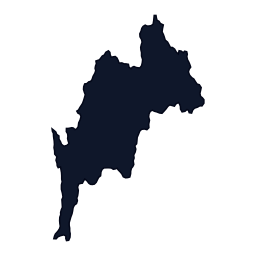 São Pedro do Suaçuí, Minas Gerais, Brazil (Equal Earth projection)
{"feature_id": "56859067B41560098382432", "entity_name": "São Pedro do Suaçuí", "entity_type": "district", "adm_level": 2, "iso_a3": "BRA", "parent_name": "Brazil", "parent_adm1": "Minas Gerais", "projection": "equal_earth", "projection_center": [-42.603, -18.366], "detail": "fine", "context": "isolated", "style": "filled", "palette": "ink", "viewbox_px": 256, "rotation_deg": 0, "n_neighbors": 0, "source": "geoboundaries", "source_scale": "gbopen_adm2", "svg_char_len": 3418}
<svg xmlns="http://www.w3.org/2000/svg" viewBox="0 0 256 256"><path d="M109.0,167.8L111.4,168.0L113.3,169.3L115.4,168.9L117.1,168.3L118.4,170.1L120.1,171.8L121.8,173.8L123.3,176.8L125.6,177.8L127.8,177.6L129.8,177.0L130.6,173.8L130.7,171.1L131.4,168.3L132.8,166.6L133.8,164.5L133.2,160.8L134.1,158.0L133.7,155.0L135.2,152.0L135.8,149.1L134.8,145.7L136.6,143.8L136.9,141.2L137.2,137.4L138.7,133.8L139.7,131.2L141.6,129.3L144.5,129.0L146.9,129.7L148.9,127.7L148.7,124.2L149.5,120.2L148.6,116.9L149.0,113.9L150.3,111.2L152.6,110.2L154.2,111.2L156.8,111.9L159.6,113.0L162.0,113.3L163.8,111.4L166.0,108.9L167.8,106.4L169.7,104.9L172.4,105.6L174.4,106.2L175.8,104.0L178.4,102.5L179.6,104.2L180.4,106.4L180.5,109.1L182.1,111.9L185.0,111.3L187.0,109.5L188.5,110.5L189.2,112.7L191.6,113.1L192.6,110.2L194.4,108.2L197.6,107.1L199.8,105.8L202.0,105.9L203.9,103.2L203.9,99.7L202.3,97.7L200.6,96.4L199.9,93.4L200.6,90.4L201.2,87.6L199.3,84.7L197.1,84.1L195.5,81.8L193.8,79.0L191.8,77.7L189.6,75.2L188.4,71.9L189.2,69.2L190.7,67.1L189.8,64.5L188.8,62.1L187.5,59.7L186.8,56.5L187.3,54.2L186.7,51.7L184.6,51.2L183.2,52.7L181.2,51.1L179.1,50.7L178.3,54.0L176.3,52.1L174.6,49.1L172.5,47.5L170.4,47.4L169.0,44.7L167.6,42.1L165.2,40.1L164.3,37.1L163.4,34.5L162.1,31.9L162.5,28.7L163.3,24.9L160.4,23.5L159.0,21.3L157.0,20.2L156.4,17.9L156.0,15.4L154.2,15.4L153.7,20.5L153.1,24.2L151.2,25.6L149.0,26.0L146.9,26.0L145.2,25.1L143.1,26.4L141.8,28.3L141.1,31.0L139.8,33.8L140.0,36.8L141.6,39.6L142.1,42.2L141.3,44.7L140.7,47.3L140.9,49.9L141.5,52.4L141.5,56.0L142.6,59.5L142.3,62.5L141.6,65.6L139.9,67.9L138.1,67.8L136.0,67.4L134.0,66.5L132.3,67.2L131.1,68.7L129.0,67.2L128.4,64.3L126.1,63.9L124.2,63.9L121.9,62.9L119.1,63.1L118.1,60.4L116.9,57.9L115.2,56.5L113.2,56.8L111.2,57.2L110.2,54.8L109.9,52.4L108.4,50.8L105.8,52.3L104.3,55.0L102.3,56.0L100.8,58.0L99.4,59.8L97.6,60.4L95.9,61.0L96.4,63.7L95.5,66.0L95.1,68.3L95.7,70.7L94.8,73.3L93.1,76.3L92.0,79.7L90.6,81.4L88.8,81.8L86.8,83.6L84.7,83.9L83.7,86.6L83.5,89.4L84.3,92.1L85.3,94.7L84.5,97.5L83.6,100.5L82.6,103.3L81.4,105.2L80.0,107.3L78.5,110.0L76.8,111.1L78.0,113.2L80.1,114.2L81.0,116.7L80.1,119.9L78.7,122.8L78.2,126.7L76.7,128.9L75.0,129.6L73.5,128.1L71.9,127.7L70.0,128.1L68.2,128.4L66.4,128.4L66.3,131.6L67.6,133.7L67.9,136.2L67.6,138.4L68.1,140.8L69.0,143.5L66.9,145.4L63.9,146.2L61.5,144.3L60.4,141.5L59.0,139.2L58.9,135.9L56.7,134.4L55.8,132.0L54.2,130.6L52.1,128.9L52.4,131.3L53.4,133.3L53.5,136.0L53.8,138.4L54.2,141.0L54.4,144.5L54.0,147.7L54.6,150.8L54.7,154.1L56.9,156.7L56.0,160.2L57.0,163.3L57.2,165.8L58.2,167.7L60.5,166.9L61.1,170.4L61.5,172.6L61.7,175.8L61.7,179.2L62.2,181.7L61.4,184.9L61.4,189.3L62.4,193.2L63.0,197.1L61.9,199.6L62.2,204.1L62.4,207.3L61.3,209.8L60.6,212.4L60.7,214.8L59.8,217.2L59.6,220.7L59.9,223.9L60.3,226.2L59.6,228.6L58.2,230.8L56.7,232.6L55.4,234.0L54.5,236.1L53.8,238.7L56.2,238.8L57.8,236.9L60.5,235.7L63.7,234.9L65.9,236.0L65.8,238.5L66.5,240.6L68.7,240.3L70.0,237.3L70.2,233.7L69.7,231.2L69.7,228.1L69.2,225.5L69.2,222.6L69.8,220.5L70.8,217.0L72.0,213.8L72.6,211.0L73.1,207.7L74.4,205.1L76.5,203.6L77.4,200.7L76.8,198.0L77.6,195.9L78.0,193.4L78.3,190.4L77.6,187.1L78.6,184.1L80.6,183.4L82.4,183.2L83.6,180.9L84.8,179.0L87.1,180.9L88.8,183.2L90.4,184.3L92.3,184.5L94.4,184.1L96.2,182.3L97.5,179.6L98.6,177.4L100.6,175.8L101.0,171.8L102.2,169.2L104.1,167.9L106.8,167.8L109.0,167.8Z" fill="#0f172a" stroke="#020617" stroke-width="1.5"/></svg>